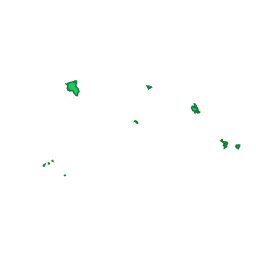 Unincorporated Vic, Victoria, Australia, rotated 64°
{"feature_id": "25037944B89965825243629", "entity_name": "Unincorporated Vic", "entity_type": "district", "adm_level": 2, "iso_a3": "AUS", "parent_name": "Australia", "parent_adm1": "Victoria", "projection": "natural_earth1", "projection_center": [146.416, -37.998], "detail": "fine", "context": "isolated", "style": "filled", "palette": "green", "viewbox_px": 256, "rotation_deg": 64, "n_neighbors": 0, "source": "geoboundaries", "source_scale": "gbopen_adm2", "svg_char_len": 5067}
<svg xmlns="http://www.w3.org/2000/svg" viewBox="0 0 256 256"><g transform="rotate(64 128 128)"><path d="M61.7,160.1L61.7,160.7L62.0,161.4L62.0,161.8L61.8,162.1L61.6,162.2L61.6,162.3L61.8,162.3L61.9,162.9L61.8,163.0L61.8,163.4L61.6,163.7L61.2,163.8L61.3,163.8L61.5,163.9L61.6,164.2L61.5,164.3L61.8,164.3L61.9,164.1L62.2,163.9L62.1,163.7L62.0,163.3L61.9,163.1L62.3,163.3L62.6,163.2L63.5,163.4L63.8,163.7L64.2,163.7L64.6,164.1L64.7,164.3L64.7,164.5L64.8,164.6L65.1,164.5L65.4,164.8L65.4,164.7L65.7,164.5L65.9,164.6L66.3,164.8L66.4,165.0L66.7,165.2L66.9,165.2L67.0,164.7L67.3,164.5L67.3,164.3L67.5,164.1L67.9,164.0L68.1,163.9L68.4,164.0L68.5,164.3L68.7,164.2L69.1,164.1L69.0,163.6L69.5,163.3L69.6,163.1L69.4,162.7L69.4,162.3L70.4,161.3L71.0,161.1L71.8,161.2L72.4,161.0L72.7,161.1L72.9,161.0L73.2,161.1L73.4,160.9L73.9,160.8L75.0,160.8L75.5,160.4L76.2,160.1L76.6,159.8L76.8,159.7L76.8,159.8L76.8,159.7L76.1,158.9L75.9,158.6L75.6,158.6L74.8,158.0L74.4,157.5L74.3,156.9L73.9,156.3L73.5,155.9L73.2,155.9L72.7,156.0L71.7,156.0L70.7,155.7L69.9,156.0L69.1,156.4L68.7,156.5L68.2,156.5L67.3,156.3L66.9,156.3L66.7,156.2L66.0,155.7L65.7,155.2L65.4,154.7L64.7,154.5L64.4,154.2L64.2,154.2L63.7,153.9L63.3,153.9L62.9,154.0L62.7,154.1L62.7,154.5L62.7,154.8L62.9,154.9L62.7,154.9L62.6,155.1L62.6,155.6L62.8,155.6L62.7,155.7L62.5,155.8L62.6,156.0L62.9,156.0L63.1,155.9L63.2,156.0L63.3,156.0L63.1,156.3L63.1,156.2L63.3,156.1L63.2,156.0L63.2,155.9L62.9,156.0L62.7,156.0L62.6,156.5L62.3,157.1L62.3,158.1L62.0,159.2L61.7,160.1ZM137.2,57.1L137.1,57.4L136.9,57.4L136.6,57.5L136.3,57.4L136.1,57.5L135.6,57.4L135.5,57.8L136.1,57.8L136.5,58.0L136.8,58.1L137.3,58.6L137.6,58.5L137.6,58.2L137.8,58.2L137.8,58.4L138.1,58.5L138.4,58.5L138.3,59.2L138.1,59.3L138.0,59.5L138.0,59.9L136.9,60.1L136.7,60.7L137.1,61.4L137.9,62.2L141.0,62.0L141.1,61.6L141.0,61.2L141.5,61.1L141.6,60.8L141.7,60.7L141.8,60.7L141.9,60.9L142.2,60.9L142.4,61.1L142.6,61.1L142.6,60.9L142.8,61.0L143.0,60.9L143.3,61.0L143.2,60.7L143.3,60.6L142.9,60.5L143.1,60.3L142.8,60.1L143.0,60.0L142.9,59.7L143.5,59.9L143.2,59.5L143.8,59.5L143.8,59.2L143.6,59.1L143.6,58.9L144.0,58.8L144.3,58.9L144.6,58.9L145.0,58.8L145.1,58.3L144.4,58.1L144.5,57.9L145.0,57.7L144.8,57.5L144.8,57.4L145.1,57.3L145.2,57.2L145.4,57.2L145.5,57.0L145.4,56.8L145.2,56.7L145.2,56.8L144.8,56.8L144.7,57.0L144.6,57.3L144.3,57.3L144.3,57.5L144.0,57.2L143.9,57.2L143.8,57.4L143.7,57.3L143.3,57.5L143.0,57.4L143.4,58.2L143.4,58.3L143.3,58.5L142.9,58.1L142.7,58.3L142.5,57.9L142.1,57.9L142.0,57.7L141.9,57.6L141.8,57.4L141.8,57.1L141.5,57.1L141.3,57.2L141.2,57.4L140.8,57.2L140.7,57.0L140.4,57.0L140.1,56.9L140.0,57.0L140.0,57.3L140.1,57.8L139.8,57.8L139.6,58.0L139.5,57.8L139.3,57.9L139.0,57.6L138.9,57.6L138.7,57.3L138.5,57.5L138.1,57.6L137.8,57.5L137.5,56.9L137.2,57.1ZM179.6,48.4L179.5,48.5L179.5,49.0L180.3,49.8L180.3,50.1L182.3,48.9L183.5,48.7L183.8,48.2L184.1,48.3L184.3,48.2L184.2,48.1L184.2,47.9L184.6,47.4L185.0,47.5L185.1,47.8L184.9,48.4L184.7,49.0L185.1,49.4L185.4,49.5L185.5,49.7L185.9,49.2L186.3,49.2L186.4,49.5L186.6,49.4L187.3,49.5L188.0,49.8L188.2,50.3L188.4,50.5L188.5,50.5L188.2,49.2L188.0,48.8L187.8,48.7L187.8,48.4L187.5,48.3L187.6,47.9L187.9,47.9L188.1,47.8L188.1,47.7L187.8,47.3L187.4,47.3L187.2,47.2L187.0,47.3L187.1,47.6L186.8,47.6L186.5,47.9L186.1,46.4L185.4,45.2L185.0,45.3L184.6,45.2L184.3,45.3L184.3,45.6L184.1,45.7L184.2,45.8L183.9,45.8L183.7,46.2L183.4,46.4L181.8,48.9L180.8,48.8L179.6,48.4ZM194.2,38.7L194.8,38.1L194.6,38.0L194.7,37.7L194.4,37.3L194.0,37.3L193.8,37.1L193.5,36.3L193.6,36.1L193.4,36.0L193.2,35.6L192.5,35.3L192.5,35.7L192.1,35.7L192.0,35.8L191.7,35.8L191.7,36.1L191.9,36.3L191.5,36.8L191.4,37.1L191.5,37.4L191.4,37.5L191.7,37.5L191.8,37.7L191.7,37.7L191.3,37.9L191.4,38.1L191.2,37.9L191.0,38.0L191.6,39.1L192.4,39.2L192.8,39.1L193.4,38.6L194.2,38.7ZM98.6,92.4L98.9,92.4L99.3,92.0L100.0,92.4L100.4,92.4L100.9,92.2L101.4,91.8L101.7,92.0L101.5,91.4L101.4,91.3L101.5,91.2L101.4,91.0L101.3,90.9L101.4,90.7L101.5,90.7L101.7,90.9L101.8,90.8L101.7,90.3L101.5,90.1L101.3,89.7L101.6,89.5L101.6,89.1L101.3,89.2L101.0,89.2L100.9,89.6L101.0,89.9L101.2,90.4L100.8,90.8L101.0,91.8L100.7,92.0L100.6,91.9L100.6,91.7L100.3,91.2L100.0,91.1L99.7,91.5L99.3,91.1L99.2,91.3L99.3,91.7L99.1,91.9L99.0,92.1L98.8,92.1L98.6,92.4ZM124.7,118.3L124.7,118.7L124.9,119.0L125.0,119.0L125.1,118.7L125.3,118.5L127.8,117.8L127.7,117.4L127.7,117.1L127.4,117.0L126.0,117.3L125.5,117.6L125.0,118.9L124.9,118.7L124.8,118.3L124.7,118.3ZM124.7,220.0L124.8,220.0L124.9,220.4L124.9,220.6L125.1,220.7L125.4,220.0L125.0,219.8L124.9,219.6L124.7,219.7L124.5,219.3L124.4,218.7L124.2,218.5L124.3,219.3L124.3,219.7L124.4,219.8L124.7,219.8L124.7,220.0ZM125.2,214.3L125.3,214.4L125.0,214.6L125.4,214.7L125.4,215.0L125.2,215.1L125.4,215.2L125.5,215.1L125.6,214.8L125.7,214.7L125.6,214.4L125.4,214.2L125.2,214.3ZM124.2,210.1L124.3,210.5L124.9,210.1L124.7,210.0L124.2,210.0L124.2,210.1ZM143.2,205.4L143.1,205.2L142.7,205.6L142.9,205.8L143.0,205.7L143.2,205.4ZM67.8,164.9L68.0,165.1L68.1,164.9L68.1,164.5L67.8,164.9Z" fill="#22c55e" stroke="#15803d" stroke-width="1.5"/></g></svg>